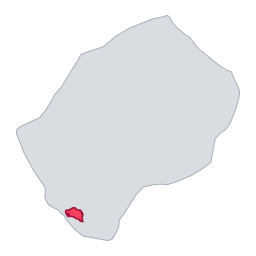 Quthing, Quthing, Lesotho (highlighted)
{"feature_id": "5366337B136764020744", "entity_name": "Quthing", "entity_type": "district", "adm_level": 2, "iso_a3": "LSO", "parent_name": "Lesotho", "parent_adm1": "Quthing", "projection": "orthographic", "projection_center": [27.658, -30.405], "detail": "fine", "context": "in_parent", "style": "filled", "palette": "rose", "viewbox_px": 256, "rotation_deg": 0, "n_neighbors": 0, "source": "geoboundaries", "source_scale": "gbopen_adm2", "svg_char_len": 3523}
<svg xmlns="http://www.w3.org/2000/svg" viewBox="0 0 256 256"><path d="M176.3,181.9L167.8,184.5L166.6,184.7L161.1,184.1L153.8,184.7L148.1,186.1L143.6,186.6L136.3,194.4L123.0,215.2L119.5,219.6L118.5,227.8L115.4,234.3L111.7,239.4L108.0,240.6L97.1,238.6L83.1,236.0L74.9,229.6L67.6,221.3L63.8,215.3L59.8,212.0L58.4,210.1L52.7,207.3L50.5,205.9L48.6,204.9L46.3,200.9L44.9,197.4L45.4,187.7L41.4,181.9L34.4,172.0L30.0,163.9L24.0,152.9L20.3,143.4L16.4,133.6L16.9,129.4L20.5,126.5L31.2,121.5L39.5,117.7L45.4,110.6L51.8,100.2L55.0,93.9L58.1,91.0L61.6,86.6L67.6,76.8L74.3,65.9L81.5,54.2L90.6,50.8L103.0,46.9L115.0,36.7L129.3,28.2L152.3,19.0L163.1,16.7L167.2,15.4L169.7,17.1L172.4,22.5L176.3,27.0L185.3,34.9L189.1,36.8L198.3,48.5L208.2,56.5L219.6,65.8L227.4,70.4L231.3,71.7L234.5,79.9L237.8,85.9L239.6,91.5L239.1,97.0L235.3,110.3L229.9,123.9L225.6,129.6L220.4,133.1L215.3,138.4L213.2,149.4L210.8,162.3L204.2,167.5L199.0,170.9L191.9,175.1L176.3,181.9Z" fill="#d9dde1" stroke="#a8b0b8" stroke-width="1"/><path d="M82.8,221.5L82.8,221.3L82.7,221.0L82.6,220.8L82.5,220.6L82.4,220.3L82.5,220.1L82.5,219.8L82.5,219.5L82.5,219.2L82.4,218.5L82.2,218.4L82.2,218.0L82.2,217.8L82.1,217.6L82.0,217.3L82.0,217.1L82.0,216.9L81.9,216.7L82.1,216.5L82.2,216.3L82.4,216.3L82.5,216.3L82.6,216.1L82.7,215.8L82.7,215.6L82.8,215.3L82.8,215.0L82.9,214.8L82.9,214.7L82.9,214.4L82.7,214.5L82.4,214.6L82.2,214.6L82.0,214.4L81.9,214.3L81.7,214.2L81.8,214.0L81.8,213.7L82.0,213.3L82.2,213.2L82.3,213.0L82.3,212.8L82.2,212.6L82.1,212.4L81.9,212.2L81.7,212.2L81.4,212.0L81.4,211.9L81.2,211.9L81.2,211.7L81.1,211.4L81.0,211.2L80.9,211.0L80.9,210.9L80.9,210.7L80.7,210.6L80.6,210.4L80.4,210.3L80.3,210.2L80.2,210.1L80.1,210.3L79.9,210.4L79.7,210.3L79.4,210.2L79.1,210.1L78.9,210.1L78.7,210.1L78.4,210.1L78.1,210.1L77.8,209.9L77.7,209.9L77.4,209.8L77.3,209.7L77.1,209.6L76.9,209.5L76.7,209.5L76.6,209.4L76.5,209.2L76.2,209.0L75.9,208.6L75.4,208.2L75.2,208.1L74.9,207.9L74.7,207.9L74.4,207.7L74.2,207.6L73.9,207.6L73.7,207.7L73.7,207.8L73.4,208.0L73.2,207.9L72.9,207.9L72.7,207.9L72.4,208.0L72.2,208.1L71.8,208.3L71.5,208.5L71.4,208.6L71.2,208.7L71.1,208.9L70.9,209.0L70.6,209.3L70.5,209.5L70.4,209.8L70.1,209.8L69.9,209.6L69.7,209.4L69.4,209.5L69.2,209.6L68.9,209.9L68.9,210.0L68.6,210.2L68.4,210.3L68.1,210.3L67.8,210.2L67.7,210.1L67.4,210.1L67.2,210.1L66.9,210.1L66.6,210.1L66.3,210.1L66.2,210.3L66.0,210.5L65.8,210.8L65.7,211.1L65.6,211.3L65.5,211.5L65.5,212.0L65.6,212.4L65.8,212.6L66.0,212.8L66.1,213.1L66.1,213.4L66.1,213.7L66.1,213.9L66.1,214.0L66.3,214.2L66.7,214.2L66.9,214.0L67.1,213.7L67.3,213.5L67.8,213.4L68.0,213.4L68.1,213.7L68.4,213.9L68.4,214.2L68.3,214.4L68.2,214.6L67.7,214.9L67.4,215.1L67.1,215.3L67.2,215.5L67.3,215.7L67.3,215.8L67.5,215.8L67.6,216.0L67.8,216.0L68.0,216.0L68.3,216.2L68.4,216.3L68.4,216.2L68.4,215.9L68.5,215.8L68.5,215.7L68.7,215.4L68.8,215.2L69.0,215.1L69.0,215.3L69.1,215.5L69.2,215.8L69.3,215.8L69.4,216.0L69.5,216.0L69.8,216.2L70.0,216.2L70.2,216.3L70.3,216.3L70.5,216.3L71.0,216.3L71.3,216.4L71.6,216.6L71.9,216.6L72.2,216.6L72.7,216.6L73.1,216.7L73.3,216.7L73.5,216.6L73.7,216.8L73.7,217.0L73.9,217.2L74.1,217.3L74.3,217.3L74.6,217.4L74.8,217.8L75.0,217.9L75.2,218.0L75.4,218.1L75.6,218.3L75.9,218.4L76.4,218.7L76.9,218.8L77.1,218.9L77.6,219.0L78.1,219.2L78.3,219.3L78.8,219.4L79.3,219.4L79.6,219.6L79.8,219.7L79.9,219.9L79.9,220.0L79.8,220.3L79.7,220.4L79.8,220.6L79.8,220.8L80.0,221.0L80.6,221.3L81.1,221.2L81.4,221.3L81.9,221.4L82.3,221.6L82.8,221.7L82.8,221.5Z" fill="#f43f5e" stroke="#9f1239" stroke-width="1.5"/></svg>